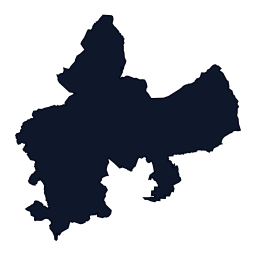 Eloxochitlán, Hidalgo, Mexico (Robinson projection)
{"feature_id": "50627088B56771810727616", "entity_name": "Eloxochitlán", "entity_type": "district", "adm_level": 2, "iso_a3": "MEX", "parent_name": "Mexico", "parent_adm1": "Hidalgo", "projection": "robinson", "projection_center": [-98.887, 20.743], "detail": "fine", "context": "isolated", "style": "filled", "palette": "ink", "viewbox_px": 256, "rotation_deg": 0, "n_neighbors": 0, "source": "geoboundaries", "source_scale": "gbopen_adm2", "svg_char_len": 5769}
<svg xmlns="http://www.w3.org/2000/svg" viewBox="0 0 256 256"><path d="M67.9,227.9L69.6,221.6L71.1,221.4L72.3,222.1L73.4,221.5L75.0,221.6L80.3,223.5L82.7,223.1L85.0,221.9L85.1,220.9L87.1,220.3L87.5,220.6L88.5,219.9L89.5,218.5L89.1,216.7L89.6,215.1L90.2,214.8L95.6,214.4L97.2,212.8L97.8,216.3L102.5,217.4L105.2,216.4L106.2,216.9L108.1,216.3L109.9,214.5L110.6,212.9L111.0,210.5L106.0,205.7L105.0,204.2L104.7,202.3L103.6,201.0L103.5,200.0L103.9,198.1L105.2,196.3L104.8,193.7L107.1,190.0L105.3,186.7L102.7,185.8L102.4,185.0L99.9,183.3L99.5,182.2L101.1,180.1L101.3,178.3L102.6,177.0L105.9,175.5L107.9,175.3L105.9,169.8L106.8,165.5L108.5,162.3L107.5,159.4L108.8,158.0L114.8,162.9L119.7,167.7L121.4,167.2L121.3,166.3L127.2,168.6L128.1,169.6L129.3,169.8L130.7,170.8L131.7,170.6L131.6,169.2L132.6,168.5L132.7,167.6L135.0,166.0L137.5,159.1L138.7,156.9L141.7,157.9L143.7,156.4L144.7,156.4L146.8,157.5L146.8,159.0L146.4,159.4L147.4,161.6L148.3,162.2L149.0,162.4L151.1,161.0L152.2,161.5L153.3,164.7L154.7,171.9L150.2,175.3L149.1,179.1L149.8,178.9L150.6,179.3L151.3,177.2L152.7,177.5L154.7,180.1L155.9,180.4L157.1,181.9L157.3,182.9L158.5,184.3L158.7,187.4L154.7,187.2L154.6,191.2L151.9,191.1L151.7,195.2L154.8,195.3L154.7,197.7L150.8,197.4L149.4,198.0L144.0,197.9L145.1,199.2L147.4,199.1L151.0,200.6L154.8,201.5L156.5,200.2L159.7,200.4L159.7,198.0L165.2,198.2L165.2,195.7L169.4,195.7L170.9,191.8L171.9,190.8L173.2,191.4L173.8,188.2L172.9,187.5L173.1,186.7L172.5,186.2L172.6,185.6L173.5,184.5L178.8,181.9L180.6,180.2L180.1,177.9L178.4,176.4L178.7,174.9L177.6,171.4L177.9,169.3L177.2,166.3L176.2,166.2L174.8,167.9L173.6,167.3L174.4,165.4L174.3,164.6L173.2,165.8L172.5,165.2L172.3,166.1L171.9,165.2L172.5,164.7L171.0,162.7L171.1,161.8L169.9,160.9L168.3,160.8L167.8,160.1L168.4,158.7L167.9,157.9L168.0,155.8L172.8,155.6L172.9,154.7L174.0,153.8L176.4,154.1L177.4,153.6L179.2,154.1L180.3,153.5L180.8,154.0L182.0,153.3L183.3,153.9L183.9,153.0L186.1,152.8L187.4,152.1L189.6,152.5L191.7,151.5L192.8,152.0L194.0,151.3L195.1,151.6L196.6,150.8L197.3,149.6L199.6,149.6L200.1,149.1L201.1,149.9L202.2,149.9L202.6,149.4L204.0,149.9L206.5,149.9L206.8,150.7L209.2,151.9L209.6,151.1L211.5,150.4L212.1,150.7L213.4,147.8L218.0,145.6L219.1,144.3L221.6,143.7L220.8,142.9L221.3,140.4L222.3,138.2L224.1,136.3L230.6,132.4L231.6,132.4L232.8,130.8L235.2,130.2L238.3,130.5L240.1,130.1L238.2,123.8L237.9,118.8L236.4,115.9L237.0,112.2L237.0,108.3L238.3,106.7L236.6,104.1L237.7,101.2L234.9,98.0L234.3,96.1L232.2,94.3L232.5,93.7L231.8,91.1L228.2,88.5L228.7,86.7L227.9,81.4L226.6,80.9L222.7,73.4L221.0,72.0L219.6,71.6L219.3,69.7L220.7,68.5L218.0,66.1L217.0,66.4L215.6,65.0L215.0,65.1L215.3,65.4L213.7,65.5L212.6,66.1L209.8,69.3L207.6,70.4L207.2,71.9L206.7,72.3L204.7,73.3L201.8,73.1L200.5,77.4L198.7,78.7L197.2,78.9L195.4,81.0L195.4,81.8L195.0,82.1L192.1,83.8L189.6,84.5L188.6,84.3L188.1,84.8L185.7,85.3L183.1,86.7L182.8,87.4L180.0,89.6L168.8,96.6L163.7,98.4L151.0,98.8L147.7,93.7L145.6,91.5L145.6,88.9L146.7,86.8L146.6,86.1L146.0,83.3L144.5,80.3L142.5,79.9L139.9,80.2L136.1,78.5L134.1,78.8L128.1,76.4L126.3,76.4L123.7,78.2L123.8,77.9L122.1,77.4L120.3,78.7L119.5,77.4L122.3,71.9L121.2,70.2L122.4,70.2L122.8,69.4L121.4,67.7L123.3,68.2L123.7,66.0L125.1,63.2L125.6,60.9L124.1,57.8L123.7,52.3L123.1,51.1L123.1,46.1L122.6,45.4L123.8,42.7L123.1,41.7L123.7,38.7L123.1,38.4L122.4,36.3L120.8,35.8L120.3,33.9L118.5,32.8L118.5,31.7L115.1,27.6L114.2,27.1L111.8,23.7L112.8,19.3L112.3,16.6L111.2,15.9L103.1,15.4L99.6,19.4L99.3,20.3L97.7,21.8L96.4,22.2L96.4,23.4L95.9,23.9L94.8,23.7L93.0,26.5L92.9,28.0L91.7,29.9L91.1,30.5L88.5,30.0L88.0,30.4L84.8,37.7L81.9,42.0L81.2,43.9L85.3,49.8L80.4,54.3L77.3,56.2L75.7,59.9L75.5,61.7L71.2,66.5L69.5,69.5L66.4,69.2L64.0,68.3L64.4,70.4L63.8,72.4L62.9,73.7L60.5,73.9L59.0,75.3L57.3,75.2L58.3,77.6L58.2,79.8L59.6,82.3L69.7,91.7L72.9,92.1L74.2,93.3L75.4,93.3L75.6,93.7L69.5,96.9L65.4,102.4L65.3,104.4L64.9,105.3L63.4,105.0L61.9,105.8L58.4,106.3L57.7,105.7L56.5,106.9L54.4,105.6L51.9,106.8L51.3,106.5L49.7,107.4L44.8,108.5L41.8,109.7L38.5,109.4L37.1,111.1L33.8,111.4L32.6,114.4L32.7,115.3L34.0,117.4L33.8,118.9L30.8,118.9L29.7,120.1L28.1,120.1L26.8,121.5L25.1,122.0L23.3,123.2L23.0,125.6L21.6,126.7L22.2,128.9L22.1,129.4L20.8,130.2L20.9,132.4L18.6,133.5L18.1,134.2L17.7,133.7L16.7,134.0L15.9,135.6L16.5,136.3L16.3,137.6L17.8,139.8L17.2,140.6L17.4,142.4L18.4,144.0L20.2,143.4L21.8,141.7L23.8,143.0L25.4,143.0L25.8,144.4L26.7,145.6L26.4,145.9L25.6,145.6L25.2,146.6L24.4,147.0L24.3,148.4L23.3,149.1L23.4,149.5L24.1,150.7L25.3,151.1L25.6,152.0L26.3,151.9L28.8,153.2L28.8,153.9L27.5,154.4L30.7,159.4L34.0,160.1L35.3,160.8L35.9,161.8L35.8,163.2L35.0,164.1L35.6,165.0L34.7,166.4L35.7,167.5L35.7,168.9L36.8,169.0L36.6,169.8L35.5,172.1L34.5,172.3L34.3,173.9L33.3,173.9L31.9,174.7L30.0,177.8L29.7,178.3L30.1,178.9L28.7,180.8L29.5,182.7L32.6,184.5L34.9,184.9L35.2,183.6L36.3,183.5L36.7,183.0L37.0,180.9L39.2,180.0L39.7,178.6L42.8,181.8L44.8,185.4L44.5,189.8L45.1,190.8L44.6,192.2L45.2,194.6L46.1,195.4L45.9,196.6L46.5,198.0L46.3,200.3L47.9,200.9L47.5,201.4L47.9,202.1L47.7,202.7L48.7,202.9L48.0,204.8L49.2,206.1L48.4,208.5L46.7,208.1L46.5,207.6L45.5,207.5L44.8,206.4L43.8,206.7L42.8,206.2L42.7,204.8L40.9,203.0L40.4,203.1L38.3,201.6L35.9,201.1L34.8,201.6L34.8,202.5L33.3,204.7L31.5,205.3L30.5,206.4L28.9,207.0L26.0,209.0L27.5,210.1L30.3,211.0L30.8,211.6L31.4,215.1L34.9,216.6L34.7,219.8L35.2,220.4L36.7,219.9L40.9,220.2L42.6,219.7L44.2,218.4L46.3,218.0L48.7,218.5L50.0,220.1L50.9,220.6L51.7,222.5L51.4,224.2L49.8,225.7L50.4,227.2L50.2,228.4L53.1,232.0L54.9,236.5L55.0,239.2L55.8,239.7L55.9,238.9L56.2,240.6L56.5,237.8L56.1,237.0L56.6,237.5L57.0,239.8L57.0,235.9L57.7,234.6L57.2,233.9L56.3,234.7L56.7,233.8L57.8,233.7L59.3,234.7L61.3,231.7L67.9,227.9Z" fill="#0f172a" stroke="#020617" stroke-width="1.5"/></svg>